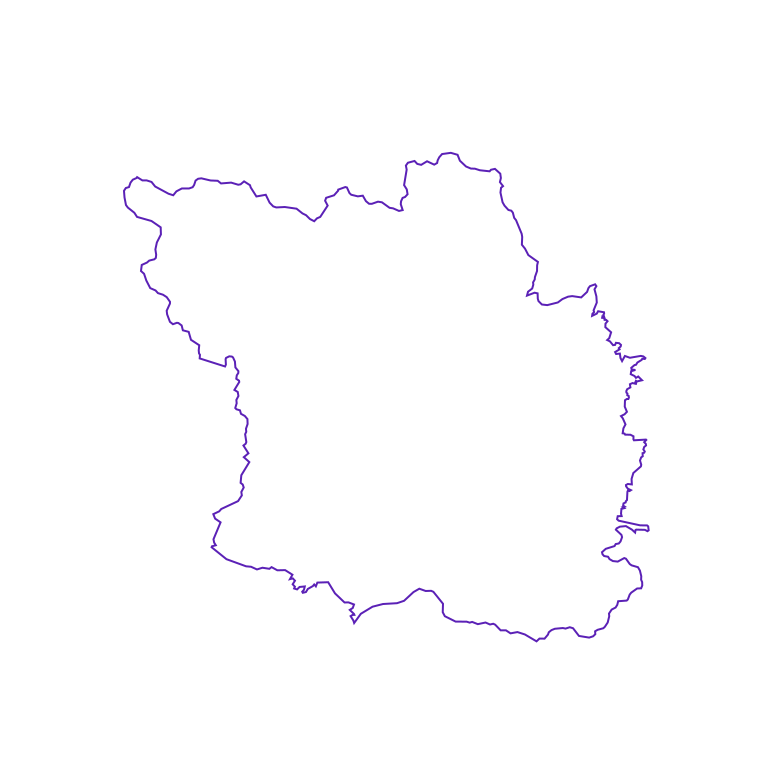 Ciuperceni, Gorj, Romania (Albers equal-area conic projection), rotated 192°
{"feature_id": "2599482B36533127285019", "entity_name": "Ciuperceni", "entity_type": "district", "adm_level": 2, "iso_a3": "ROU", "parent_name": "Romania", "parent_adm1": "Gorj", "projection": "albers", "projection_center": [22.982, 44.916], "detail": "fine", "context": "isolated", "style": "outline", "palette": "violet", "viewbox_px": 768, "rotation_deg": 192, "n_neighbors": 0, "source": "geoboundaries", "source_scale": "gbopen_adm2", "svg_char_len": 6151}
<svg xmlns="http://www.w3.org/2000/svg" viewBox="0 0 768 768"><g transform="rotate(192 384 384)"><path d="M339.8,613.5L343.8,612.8L349.0,613.8L356.2,618.2L359.7,623.5L366.7,624.0L375.0,621.0L377.1,617.3L378.0,613.9L378.0,611.2L380.5,609.0L388.2,610.8L393.2,606.1L397.2,606.2L400.5,608.5L406.6,605.4L408.0,602.2L406.4,598.4L405.7,582.7L402.2,579.1L400.4,574.5L402.3,571.3L404.5,569.9L405.3,566.3L405.0,563.4L401.9,558.0L405.3,556.4L411.6,557.7L415.2,557.5L423.8,561.3L427.8,561.1L433.4,557.7L436.1,557.2L439.7,559.1L443.9,563.8L448.6,562.1L455.4,562.3L457.5,563.6L461.1,568.5L462.8,568.6L469.2,564.6L469.1,563.5L472.1,558.2L479.3,554.1L479.7,551.0L476.2,546.8L481.1,534.2L484.0,532.1L486.1,528.7L490.8,530.0L495.3,532.9L499.2,533.9L506.0,537.3L517.8,536.5L526.1,534.3L529.3,534.7L533.6,537.6L539.0,544.5L547.8,540.9L555.3,548.6L556.4,550.6L563.0,553.1L565.8,549.5L568.0,548.6L575.4,549.2L585.1,546.3L588.9,548.2L596.0,547.0L605.4,547.2L608.5,546.1L610.6,543.8L611.1,539.2L612.1,536.7L615.4,534.7L622.4,533.2L627.1,529.3L629.4,524.8L634.3,525.3L648.9,529.6L653.4,533.3L658.5,533.8L662.6,532.9L668.5,535.0L668.8,534.1L672.2,531.6L673.8,528.3L674.4,523.6L677.3,522.0L678.5,518.9L676.6,512.5L673.6,505.4L671.2,503.3L663.8,499.6L660.3,496.1L645.3,495.1L635.0,490.8L633.3,483.9L635.6,475.2L635.6,468.1L633.7,463.0L633.4,459.9L634.6,458.2L639.3,455.9L641.1,453.5L645.7,450.1L645.2,444.0L641.6,441.9L638.0,435.8L632.6,429.2L626.9,428.0L624.0,425.9L618.8,425.4L614.6,423.8L610.4,419.9L610.1,418.1L611.8,410.5L610.6,407.0L606.3,400.3L602.9,398.6L599.3,400.8L597.8,400.9L594.1,399.2L591.9,394.7L585.9,394.4L582.0,387.1L572.8,383.5L572.2,378.3L571.3,375.5L570.1,374.3L569.6,370.7L543.1,368.1L542.7,370.1L544.1,375.4L543.9,376.7L541.1,378.9L538.5,379.2L537.2,378.6L534.5,375.0L532.8,369.3L529.1,366.3L528.8,364.4L529.8,361.9L529.6,358.4L526.5,357.1L526.0,355.9L529.1,347.1L525.4,345.8L523.9,342.0L525.1,337.7L524.1,334.5L524.5,329.6L523.1,328.6L519.4,328.3L517.7,325.1L513.5,323.8L510.3,321.3L509.1,316.5L509.7,311.5L508.8,308.6L509.4,306.0L506.6,298.6L506.9,296.8L508.7,294.6L502.2,288.0L505.9,283.3L499.5,279.6L504.6,265.1L503.7,257.5L501.3,256.3L499.7,253.6L501.1,248.7L499.9,245.5L502.4,239.1L517.2,227.9L518.7,225.2L523.9,221.2L521.2,217.2L515.1,214.7L518.5,196.7L517.2,193.6L515.0,191.3L518.5,189.5L518.7,188.5L501.7,179.9L481.0,177.0L476.1,177.6L469.7,176.2L464.7,179.0L457.7,179.4L455.9,181.5L449.6,179.6L442.0,181.4L433.9,178.4L435.4,173.6L432.8,174.9L430.2,173.1L431.7,169.1L429.0,167.2L429.4,165.3L426.3,165.0L424.4,167.9L419.4,169.5L419.5,166.1L420.8,163.8L420.0,162.9L417.1,164.3L415.9,167.7L411.6,171.5L410.6,173.4L408.6,171.9L407.9,175.9L397.4,178.5L388.4,169.0L377.2,162.1L373.3,163.0L367.5,162.1L368.0,158.4L370.5,155.9L365.5,152.8L365.0,152.0L366.7,151.6L368.4,150.0L364.8,146.3L363.5,144.0L358.9,154.4L348.9,163.8L339.2,168.6L325.7,172.3L319.3,176.1L311.9,186.6L306.9,191.1L300.2,190.2L294.9,191.5L292.5,191.0L280.6,181.3L279.1,173.0L276.2,169.5L264.6,166.5L253.7,168.7L250.6,168.4L248.3,169.6L242.3,168.6L235.1,171.8L230.3,170.8L227.3,172.2L225.2,171.7L218.7,167.3L213.5,168.4L208.4,166.4L201.9,169.1L194.1,168.3L181.3,164.0L179.0,167.3L174.0,168.3L171.5,173.0L171.2,175.4L169.0,178.1L166.0,180.1L158.3,182.5L155.6,182.5L151.7,184.7L148.3,184.4L140.9,178.1L130.6,178.6L127.0,180.7L125.3,183.2L126.1,186.0L123.9,188.0L118.7,190.7L117.5,192.4L115.6,197.2L115.4,203.7L116.2,206.2L114.4,210.7L111.0,213.5L109.9,216.5L109.8,220.2L101.6,222.6L100.7,223.9L99.9,229.1L98.8,231.3L93.9,236.6L90.0,237.6L89.5,240.6L90.3,243.9L91.8,246.0L92.4,249.5L94.9,254.7L97.5,257.6L104.1,258.1L106.2,259.0L111.0,263.4L112.8,263.7L118.4,258.9L123.3,258.4L127.0,259.6L128.9,261.6L132.9,261.5L134.8,262.8L135.8,264.8L132.8,268.9L124.8,273.4L124.1,275.6L121.2,276.8L119.9,279.2L119.3,283.7L120.4,285.8L126.9,289.7L126.4,291.2L123.6,293.5L117.8,295.3L111.2,293.1L107.5,290.9L107.6,293.5L107.0,294.0L98.4,295.6L95.7,294.8L94.7,295.9L96.0,299.7L97.3,300.4L104.0,299.0L126.1,299.1L127.9,300.2L127.9,303.3L124.1,304.2L125.2,306.4L125.8,311.2L123.2,312.5L124.8,313.2L123.1,314.1L124.8,314.8L124.9,317.0L123.0,318.4L123.1,319.6L122.2,321.0L123.5,329.2L123.3,330.3L121.6,330.3L120.4,331.5L123.7,332.3L125.9,334.2L126.3,335.5L124.7,336.9L120.7,337.3L122.1,342.6L121.6,348.8L115.6,356.8L115.6,358.5L117.7,362.4L117.2,365.7L115.9,367.1L116.7,370.1L115.2,370.9L114.9,372.2L116.7,373.9L116.4,376.5L114.9,378.4L115.5,379.9L117.4,381.2L115.8,383.8L116.2,384.1L127.8,380.9L128.5,381.7L129.1,384.7L132.4,385.6L137.6,384.6L138.4,385.5L140.3,385.4L140.6,390.4L139.4,394.7L143.3,400.1L145.5,401.9L142.4,404.4L140.6,407.3L143.8,411.9L144.9,418.2L143.4,419.8L141.9,420.1L141.6,421.6L142.2,423.2L143.7,423.6L143.9,425.3L145.1,426.0L145.5,427.4L145.1,429.4L142.3,431.9L143.4,434.9L141.1,436.6L137.6,436.5L137.5,438.4L138.5,438.2L138.2,439.5L137.1,439.1L132.4,441.3L136.9,444.2L138.8,442.4L140.6,443.9L144.7,444.9L144.9,447.9L141.0,450.0L144.8,449.7L145.5,451.2L142.9,454.6L141.5,455.2L140.6,457.7L137.0,461.1L136.6,462.4L134.1,462.7L133.7,463.7L136.0,464.9L138.6,464.9L148.9,460.8L154.2,461.5L155.9,455.9L158.1,458.6L159.6,462.8L163.2,461.6L164.6,463.3L160.8,466.9L161.8,467.9L160.3,469.9L160.3,471.5L162.5,472.8L165.7,472.5L166.1,470.3L168.0,469.6L171.9,472.7L174.8,473.4L173.2,475.7L172.6,481.8L179.3,485.6L179.9,489.1L178.4,491.9L180.0,492.9L181.6,492.6L182.3,494.3L184.4,494.1L184.4,495.5L182.3,494.9L183.8,497.5L183.3,498.5L183.7,499.9L189.7,499.7L190.5,497.1L194.6,493.9L194.7,496.1L193.4,498.0L194.3,499.6L192.8,507.9L194.5,513.9L197.8,520.4L196.6,523.9L198.2,525.4L202.9,522.5L204.0,520.2L204.5,516.3L209.1,509.7L218.2,509.1L222.1,507.7L227.1,504.2L230.9,499.9L240.7,495.1L246.1,494.6L250.1,497.2L251.3,499.4L252.6,504.6L255.7,504.6L262.5,500.2L262.3,504.2L258.9,508.2L258.6,512.2L259.3,514.4L258.3,517.6L258.6,519.9L257.8,526.3L258.9,532.0L258.8,535.4L269.6,540.1L274.2,545.7L278.1,548.9L279.4,556.6L280.6,559.6L288.9,571.7L291.2,573.6L293.6,578.4L295.5,580.0L298.5,580.1L303.2,583.5L305.8,586.4L309.9,595.5L310.3,600.3L308.7,602.3L312.6,605.6L312.5,609.8L314.0,613.9L320.2,617.5L323.9,615.8L324.9,614.0L334.7,613.0L339.8,613.5Z" fill="none" stroke="#5b21b6" stroke-width="2"/></g></svg>